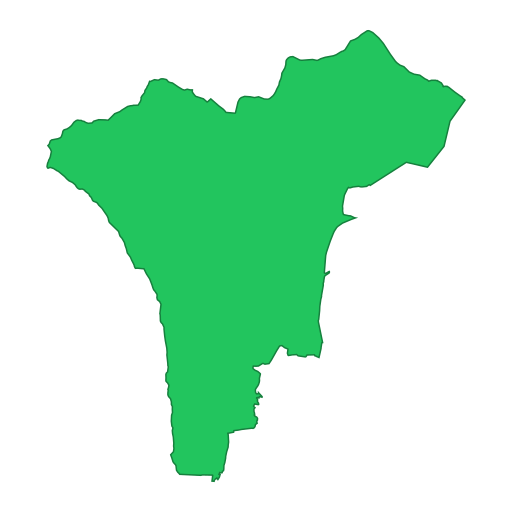 Valea Teilor, Tulcea, Romania
{"feature_id": "2599482B35189846283613", "entity_name": "Valea Teilor", "entity_type": "district", "adm_level": 2, "iso_a3": "ROU", "parent_name": "Romania", "parent_adm1": "Tulcea", "projection": "albers", "projection_center": [28.478, 45.113], "detail": "fine", "context": "isolated", "style": "filled", "palette": "green", "viewbox_px": 512, "rotation_deg": 0, "n_neighbors": 0, "source": "geoboundaries", "source_scale": "gbopen_adm2", "svg_char_len": 5942}
<svg xmlns="http://www.w3.org/2000/svg" viewBox="0 0 512 512"><path d="M74.0,122.2L71.5,125.6L69.2,127.6L66.9,129.0L64.5,129.7L63.6,130.2L62.9,131.3L62.4,133.7L61.3,136.7L60.4,137.7L58.0,138.7L51.7,139.9L50.3,141.0L49.2,144.3L47.9,145.6L50.2,148.7L51.4,151.4L50.3,156.8L49.6,158.6L48.7,160.2L48.4,161.5L47.6,163.2L47.0,166.4L47.2,167.1L47.5,167.8L48.0,168.2L49.9,167.5L50.6,167.5L53.6,168.5L57.1,170.8L58.2,171.2L64.6,176.5L66.7,178.8L69.0,180.8L72.4,182.4L74.1,183.8L75.3,184.9L76.2,186.4L77.2,187.7L78.5,188.8L79.7,189.2L82.4,189.0L84.6,190.2L85.2,191.2L89.0,194.1L89.6,195.8L90.9,197.0L91.5,197.9L92.6,200.4L93.4,201.2L96.5,202.4L97.4,203.2L98.8,205.2L101.9,208.2L107.0,215.6L108.1,217.9L108.7,220.8L109.4,222.5L118.6,231.5L119.7,235.2L120.2,236.3L122.0,238.3L124.4,242.5L125.2,245.6L126.3,248.6L127.3,252.9L130.4,257.1L131.6,260.0L133.3,263.3L134.2,265.3L134.5,266.7L135.4,268.3L137.5,268.2L142.6,268.7L143.9,268.7L146.4,273.8L149.7,278.9L152.0,284.9L152.9,287.8L153.7,289.8L154.8,291.0L157.0,294.3L157.1,295.5L156.9,297.6L157.4,299.7L159.7,301.6L161.0,304.3L159.9,313.8L160.2,314.7L160.3,317.1L160.4,321.0L161.1,322.5L162.5,323.9L164.1,327.5L164.0,329.0L164.7,335.9L165.4,340.9L166.8,348.2L167.1,352.3L166.9,355.0L167.8,363.4L167.9,365.7L168.3,366.7L167.6,371.9L166.3,373.2L165.9,374.6L166.0,377.7L165.9,380.6L166.1,381.4L167.6,382.9L168.9,385.2L168.6,387.2L167.9,389.4L168.2,390.3L167.9,392.9L167.9,394.9L168.6,396.6L170.5,398.7L171.4,401.9L171.4,404.5L172.4,406.6L172.3,409.3L172.5,412.6L171.6,415.2L171.3,421.1L171.8,425.4L172.0,426.3L172.7,427.4L172.9,428.0L172.3,430.6L172.6,433.7L173.3,436.9L173.8,443.2L173.6,446.1L173.9,447.9L173.9,449.0L173.6,450.6L173.5,451.7L170.7,454.7L170.8,455.1L171.7,457.5L173.0,461.7L173.7,462.8L175.6,464.9L176.0,465.7L176.5,470.2L177.7,472.1L179.1,473.5L179.7,474.3L200.6,475.3L202.6,474.9L212.3,475.1L212.7,475.3L212.0,481.1L214.1,481.3L214.2,480.5L215.6,478.7L216.3,478.7L216.9,478.0L217.9,479.5L218.8,478.1L219.4,477.1L220.1,474.6L219.0,474.4L219.7,472.5L220.7,472.9L222.1,472.7L222.4,471.4L223.5,470.7L223.8,469.1L223.9,465.5L224.8,462.6L225.6,458.3L225.7,456.3L226.7,451.6L228.1,447.1L228.2,445.0L228.6,442.1L228.2,434.8L227.8,433.3L233.6,432.2L233.9,430.6L238.1,430.1L241.7,429.4L251.9,428.2L253.0,428.4L254.4,427.6L255.2,426.0L255.3,425.0L255.5,424.5L257.1,423.3L256.7,422.6L257.0,422.1L256.7,421.3L256.8,420.8L257.4,420.2L257.3,419.7L257.6,419.0L257.4,418.1L256.7,417.1L255.3,416.4L255.2,416.1L254.6,415.8L254.2,415.0L254.7,414.4L254.3,412.3L253.9,411.3L254.0,410.6L253.9,409.5L254.1,408.8L255.0,407.7L254.1,406.9L253.6,406.2L253.7,405.8L254.7,404.0L257.9,404.6L258.5,404.6L258.7,404.4L258.5,403.1L257.5,401.9L257.6,401.3L257.3,400.8L257.6,400.2L257.5,399.2L256.8,398.4L256.6,398.1L256.7,397.7L258.0,397.4L258.9,398.0L259.3,396.9L259.6,396.6L262.0,397.2L262.1,396.6L258.5,392.7L258.5,393.6L258.2,393.8L256.7,393.9L256.1,393.4L255.6,392.4L255.4,390.7L255.4,389.6L255.8,388.7L257.7,386.0L258.5,384.5L259.2,382.4L259.5,380.8L259.4,378.3L260.4,374.0L260.2,373.6L257.8,371.5L255.0,370.2L253.3,368.9L253.0,368.4L252.9,367.8L253.3,366.1L256.2,366.2L258.5,366.0L262.5,363.5L263.1,363.4L264.7,364.1L265.3,364.1L269.0,363.6L271.4,360.0L276.7,350.6L279.5,346.1L279.9,345.9L282.0,345.6L284.5,347.6L287.9,349.0L288.0,349.2L287.4,353.2L288.1,355.3L288.5,355.5L292.5,354.8L295.2,354.7L296.6,354.5L297.9,355.7L298.5,355.9L305.3,356.9L305.9,356.7L307.1,355.0L314.4,354.8L315.0,355.9L315.6,355.9L316.4,356.4L319.0,357.5L321.0,348.6L321.1,347.3L321.8,342.8L322.6,342.6L318.4,322.0L318.3,320.6L318.7,319.4L319.6,310.8L319.8,306.3L320.8,299.3L321.5,296.7L321.5,295.5L323.3,285.2L323.2,283.3L323.7,281.9L323.8,280.5L324.4,276.9L324.8,276.0L325.3,275.5L328.8,273.2L329.3,272.7L329.4,271.9L329.3,271.5L328.9,271.6L326.1,273.2L325.2,273.3L324.6,273.1L324.3,272.8L325.7,255.5L326.5,252.1L330.2,241.2L333.2,233.6L334.2,231.4L336.6,227.6L337.8,226.4L342.5,223.1L351.0,219.5L355.4,217.9L354.4,217.7L350.6,215.9L348.6,215.7L343.9,214.7L343.3,214.2L343.0,213.1L342.6,211.0L342.7,208.4L342.5,206.1L344.3,195.5L344.9,194.0L347.5,188.7L348.5,187.4L349.2,187.8L350.3,187.8L352.8,187.0L358.7,186.3L360.4,186.8L362.0,186.9L366.6,186.4L369.1,184.7L369.4,184.7L370.2,185.4L406.3,162.3L427.5,167.2L444.0,146.4L450.0,121.2L465.0,100.1L462.3,97.7L462.1,97.1L460.0,95.8L454.8,92.1L448.9,87.4L446.9,86.2L446.3,86.5L445.2,86.2L443.3,86.7L443.0,86.3L443.1,85.7L442.9,85.4L441.4,83.0L437.3,80.6L437.2,80.8L435.6,80.3L431.4,80.3L428.7,81.2L427.6,80.1L424.7,78.7L419.8,75.2L417.0,74.7L414.0,74.2L409.2,72.0L403.9,66.7L399.9,65.1L397.1,63.0L395.4,61.3L390.2,54.1L383.3,43.4L378.8,38.0L372.8,32.6L369.4,30.9L368.5,30.7L367.2,30.8L361.3,34.6L358.3,37.4L354.9,39.4L350.7,40.9L350.4,41.2L345.2,49.6L344.6,50.1L343.0,51.1L342.0,51.3L340.3,52.2L336.3,54.7L333.4,55.8L325.2,57.3L320.8,58.7L318.0,60.2L316.8,60.4L312.6,59.5L301.8,60.3L299.9,60.1L292.9,56.6L290.2,56.9L288.3,57.9L286.7,59.6L286.2,60.5L286.0,61.5L285.8,64.7L284.9,67.9L281.9,73.2L281.6,75.7L281.0,78.5L279.5,81.9L278.9,85.1L276.7,89.3L275.7,91.7L274.3,94.1L273.2,95.6L270.2,98.2L268.5,99.1L267.6,99.2L264.2,99.0L258.6,96.8L254.5,97.6L250.3,96.8L244.6,96.4L241.2,97.6L239.6,99.0L238.0,102.1L235.5,112.6L235.3,113.0L234.9,113.2L226.0,112.4L224.6,110.6L223.1,109.1L218.8,105.9L210.8,98.9L207.6,101.8L207.1,102.0L203.4,98.8L195.6,96.3L193.9,94.3L192.3,92.0L192.4,89.9L190.2,89.9L187.2,89.2L184.5,90.1L182.5,89.5L178.3,87.0L172.5,83.0L170.1,82.5L168.4,81.8L166.8,79.9L166.2,79.5L163.5,78.9L161.8,78.8L160.6,79.0L158.4,80.2L154.4,79.7L150.4,81.5L149.6,81.3L148.3,84.9L147.2,86.5L146.8,87.8L145.0,90.4L144.6,92.7L142.0,95.9L141.1,97.5L141.0,97.9L141.2,98.9L140.7,100.7L140.1,102.0L138.1,105.2L133.4,105.3L132.3,105.6L130.3,105.8L127.6,106.5L121.7,110.2L119.9,111.6L114.7,113.7L108.2,120.2L105.1,119.9L98.7,119.7L93.7,121.2L92.0,123.0L88.1,123.3L85.6,122.4L84.1,121.4L82.4,121.1L81.2,120.4L79.2,120.4L77.8,120.1L76.3,120.5L74.0,122.2Z" fill="#22c55e" stroke="#15803d" stroke-width="1.5"/></svg>